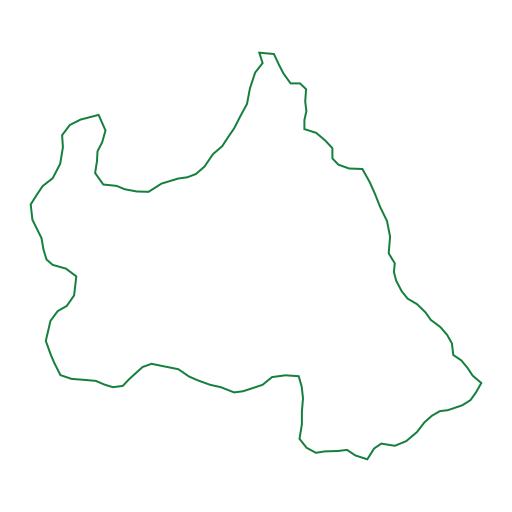 Ariranha, São Paulo, Brazil
{"feature_id": "56859067B77779450853304", "entity_name": "Ariranha", "entity_type": "district", "adm_level": 2, "iso_a3": "BRA", "parent_name": "Brazil", "parent_adm1": "São Paulo", "projection": "mercator", "projection_center": [-48.779, -21.178], "detail": "fine", "context": "isolated", "style": "outline", "palette": "green", "viewbox_px": 512, "rotation_deg": 0, "n_neighbors": 0, "source": "geoboundaries", "source_scale": "gbopen_adm2", "svg_char_len": 1718}
<svg xmlns="http://www.w3.org/2000/svg" viewBox="0 0 512 512"><path d="M387.0,221.0L380.2,207.1L374.8,193.5L369.8,182.3L362.4,169.0L349.1,168.5L338.4,164.7L332.4,158.4L332.4,148.2L325.5,140.8L316.3,132.9L304.4,129.1L304.4,120.1L306.4,111.1L305.2,101.4L306.1,89.2L300.0,83.4L290.6,83.4L283.6,73.7L279.1,65.1L273.9,54.0L259.3,52.7L262.6,63.1L255.2,72.5L250.0,88.1L247.0,103.9L240.3,116.3L234.1,128.4L228.2,137.0L222.2,146.2L213.0,154.1L204.4,166.7L195.9,174.0L187.2,177.3L178.3,178.5L161.5,183.6L148.6,191.8L136.9,191.5L124.5,189.2L116.7,185.9L103.3,184.5L95.1,173.0L97.0,161.1L97.5,151.4L102.2,142.2L105.5,130.5L98.6,114.9L80.5,119.6L69.8,125.0L62.1,135.2L62.9,147.3L60.2,163.8L52.7,178.2L42.6,186.1L36.6,195.1L30.7,204.4L32.4,219.7L41.5,238.1L43.5,249.6L46.5,259.5L52.7,264.9L65.9,268.6L76.3,276.4L74.1,295.4L66.8,305.9L57.7,311.1L50.5,320.8L45.8,340.9L50.8,354.8L54.2,362.7L60.4,375.1L71.6,378.9L83.5,379.8L95.9,380.9L104.2,384.5L112.9,387.2L122.8,385.9L129.1,379.2L142.6,367.0L151.5,363.8L161.8,365.9L178.3,369.2L189.0,376.5L197.7,380.3L210.1,384.8L220.9,387.2L234.1,392.4L242.8,391.3L252.7,388.1L262.6,384.8L272.0,377.1L285.4,375.3L298.7,376.2L301.7,386.6L303.0,398.3L301.9,411.6L301.9,424.2L299.5,438.8L306.6,447.8L315.9,452.8L324.7,451.4L337.9,451.0L347.0,449.9L355.5,455.5L367.3,459.3L374.1,448.5L381.3,443.6L394.8,445.8L406.3,441.1L417.1,431.9L424.4,422.4L431.8,415.8L439.9,411.1L447.7,410.2L462.2,405.3L470.5,400.1L476.1,392.2L481.3,383.0L472.6,375.6L467.4,367.7L461.3,360.4L453.3,355.0L451.9,343.4L447.2,335.0L440.4,327.1L430.8,319.9L425.6,312.5L417.1,304.2L407.7,298.7L401.6,291.1L396.1,280.5L393.9,271.9L394.8,263.4L388.7,253.3L390.1,236.8L387.0,221.0Z" fill="none" stroke="#15803d" stroke-width="2"/></svg>